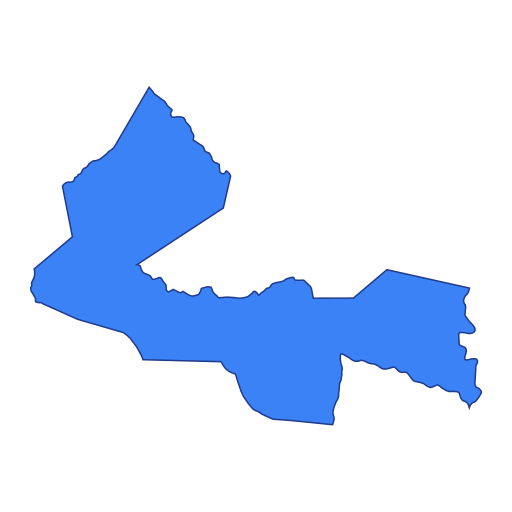 outline of Tambla, Lempira, Honduras
{"feature_id": "27666195B79169869428311", "entity_name": "Tambla", "entity_type": "district", "adm_level": 2, "iso_a3": "HND", "parent_name": "Honduras", "parent_adm1": "Lempira", "projection": "robinson", "projection_center": [-88.75, 14.234], "detail": "fine", "context": "isolated", "style": "filled", "palette": "blue", "viewbox_px": 512, "rotation_deg": 0, "n_neighbors": 0, "source": "geoboundaries", "source_scale": "gbopen_adm2", "svg_char_len": 6063}
<svg xmlns="http://www.w3.org/2000/svg" viewBox="0 0 512 512"><path d="M289.8,420.4L332.6,424.7L333.8,420.6L334.1,418.9L333.9,416.9L333.2,414.6L332.9,412.8L333.4,409.4L334.2,406.7L335.7,402.6L336.6,400.9L337.8,398.9L338.6,395.8L338.6,393.2L339.0,390.7L339.4,385.8L339.5,383.7L340.6,381.2L341.1,379.5L341.2,378.1L341.6,376.0L341.8,374.6L341.8,370.9L342.3,369.3L342.0,366.7L341.2,364.4L340.6,361.6L340.3,358.6L340.3,356.3L340.5,355.3L341.1,353.6L342.0,353.8L345.8,355.8L349.1,357.7L352.4,360.1L354.4,361.0L355.8,361.3L358.2,361.2L359.1,361.0L360.4,360.4L361.0,360.3L363.0,360.6L365.0,361.3L367.7,362.7L369.2,363.2L371.0,363.7L373.6,363.9L375.1,364.4L378.2,365.9L381.1,368.1L383.1,368.9L384.4,369.1L386.3,369.0L389.1,368.3L393.0,367.2L393.8,367.1L394.4,367.2L395.0,367.5L396.3,368.7L397.4,369.8L398.4,371.0L400.3,372.1L401.5,372.4L403.3,372.1L404.8,372.1L406.0,372.3L406.9,372.7L408.4,374.2L411.4,378.4L413.3,380.6L413.8,380.9L415.2,381.4L420.2,382.5L423.1,383.4L424.3,384.0L425.7,385.2L426.7,385.9L429.3,387.1L430.6,387.5L431.3,387.4L433.7,386.5L436.3,385.2L437.0,385.0L437.5,385.0L439.2,385.7L441.7,387.8L443.1,388.7L446.0,390.4L447.1,390.9L449.8,391.6L452.0,391.4L454.2,391.5L456.7,391.7L458.0,392.0L458.7,392.5L459.4,393.5L460.4,397.0L461.1,398.5L461.8,399.6L462.8,400.6L465.1,401.4L467.2,402.9L467.8,403.7L468.2,404.5L469.3,407.8L469.7,406.6L470.2,405.4L472.0,403.2L473.1,402.4L474.4,402.1L474.9,401.8L476.1,400.8L477.2,399.4L479.0,396.9L480.4,394.6L481.2,393.1L481.3,392.1L481.2,391.4L480.9,390.7L479.3,388.8L478.3,388.1L476.6,387.4L476.0,386.9L475.3,385.6L474.9,384.0L474.9,382.7L475.4,375.3L475.9,366.2L476.1,365.1L477.0,363.7L477.4,362.6L477.5,361.2L477.3,360.2L476.9,359.6L476.2,359.1L475.5,358.8L474.6,358.7L472.9,358.8L471.1,359.0L467.0,360.0L465.8,359.9L465.2,359.6L464.9,359.0L464.8,357.3L465.1,355.6L465.9,353.4L466.2,352.1L466.3,350.4L466.0,349.0L465.5,348.0L464.7,347.3L459.9,345.2L459.5,345.0L459.3,344.6L459.0,340.6L458.7,335.1L458.9,333.8L459.4,332.9L460.2,332.5L462.7,332.5L465.1,332.8L468.6,333.5L470.7,333.5L472.3,333.0L473.7,332.3L474.6,331.4L474.9,330.8L475.0,330.2L475.1,329.4L474.9,328.6L474.6,327.6L474.0,326.6L472.6,324.8L469.6,321.7L468.2,319.9L465.5,316.2L465.2,315.6L465.0,314.9L465.1,312.3L465.6,308.4L465.6,306.6L465.3,305.0L464.3,303.5L463.9,302.6L463.6,301.0L463.7,299.7L464.2,298.1L464.9,296.6L465.5,295.6L467.2,294.0L468.0,292.7L468.8,290.8L469.5,288.1L386.9,269.7L353.4,298.1L313.3,298.2L312.6,295.0L311.8,290.3L311.3,288.3L310.9,287.4L310.5,286.7L309.1,285.2L303.9,280.3L302.9,280.1L299.1,280.3L295.2,280.1L294.8,279.9L294.4,279.4L294.1,278.2L293.8,277.7L293.4,277.4L292.9,277.3L290.6,277.6L287.0,278.7L285.5,279.4L283.7,280.8L282.7,281.2L280.6,281.8L275.7,282.7L272.3,283.9L271.0,285.2L270.1,286.9L269.7,287.3L268.7,287.9L267.3,288.1L266.4,288.6L265.7,289.1L264.7,290.4L263.6,291.3L261.8,292.5L260.1,293.9L259.2,295.0L258.9,295.2L258.7,295.2L258.1,294.6L257.2,293.1L256.3,292.2L255.1,291.5L254.1,291.3L253.5,291.6L252.4,292.8L250.1,294.9L248.4,296.2L246.9,296.9L245.3,297.4L241.5,298.1L238.3,298.2L234.7,297.6L226.9,297.1L219.7,297.7L218.3,297.5L217.9,297.2L217.0,295.9L214.8,294.1L213.3,292.4L212.8,291.5L211.6,288.4L211.1,287.3L210.6,287.1L209.5,286.9L207.9,286.8L206.5,286.9L205.3,287.4L203.1,287.9L201.6,288.3L201.2,288.7L201.0,290.0L200.4,291.5L199.4,293.3L198.7,294.3L198.2,294.6L196.7,295.1L194.2,295.8L193.1,296.0L191.2,295.9L189.2,295.2L187.4,294.2L183.0,291.4L182.7,291.4L181.9,292.1L180.8,292.6L180.1,292.7L178.6,292.1L173.1,289.4L169.0,291.8L168.2,291.7L167.2,291.1L166.5,290.6L166.4,290.3L166.1,286.1L165.8,284.7L163.0,281.2L161.6,278.8L160.8,277.8L160.2,277.5L159.5,277.5L157.3,278.2L154.2,279.4L153.4,279.3L152.5,279.0L151.7,278.4L150.9,276.7L150.2,275.9L148.5,274.9L144.8,273.5L143.2,272.6L142.6,271.8L141.8,270.3L140.9,268.4L140.4,266.4L140.2,266.0L139.7,265.6L139.0,265.2L138.0,264.8L136.9,264.7L223.3,208.0L230.6,176.2L230.0,174.6L229.2,173.4L227.7,171.8L226.6,171.0L226.2,171.0L225.9,171.2L225.3,172.3L224.9,172.9L224.3,173.4L223.7,173.7L222.9,173.7L221.9,173.5L221.0,173.1L220.4,172.5L219.9,171.8L219.7,171.2L219.2,164.5L218.3,163.9L217.4,163.3L214.8,162.5L213.8,161.7L213.0,161.0L212.5,160.3L212.1,159.4L211.7,157.6L211.4,156.8L209.7,153.8L209.2,153.1L208.8,152.8L206.5,152.1L204.8,150.9L204.5,150.3L204.3,149.2L204.0,148.4L202.9,146.3L197.1,142.6L194.8,140.9L193.2,140.0L193.2,139.7L193.8,136.2L193.7,135.4L193.1,134.0L192.0,132.3L191.4,131.1L190.4,127.2L190.1,126.7L188.7,125.0L186.0,122.2L185.6,121.6L185.0,119.7L184.1,118.3L183.6,117.8L182.9,117.4L180.9,117.0L177.1,116.7L174.7,117.2L173.8,117.3L172.5,117.1L171.8,116.7L171.3,116.0L170.9,115.3L170.7,114.5L170.7,113.7L170.9,112.5L171.8,110.8L172.0,110.0L172.0,109.8L167.6,105.9L167.0,105.1L165.6,102.7L164.3,101.1L161.9,99.5L158.0,96.5L155.4,94.7L154.3,93.8L151.4,89.9L149.1,87.3L114.6,146.5L113.9,147.4L113.2,148.2L110.9,150.2L108.7,151.5L107.0,153.5L104.6,155.5L102.3,157.4L100.2,158.9L98.5,159.8L96.7,160.4L95.5,160.7L93.8,160.8L92.9,161.1L91.5,161.9L89.4,163.5L88.7,164.1L87.9,165.7L86.8,166.9L85.6,167.8L84.0,168.3L83.3,168.9L82.3,170.4L81.3,172.7L80.7,173.5L80.0,174.0L79.1,174.2L78.5,174.5L77.7,175.3L77.2,176.5L76.1,177.2L74.9,177.6L74.5,178.8L74.0,180.4L73.4,181.1L72.4,181.7L71.1,182.1L70.2,182.2L68.6,182.1L67.4,182.3L66.3,182.6L65.4,183.1L64.5,183.8L63.7,184.5L62.8,185.7L62.5,186.4L72.4,236.8L34.2,268.9L34.7,271.8L34.6,275.1L34.1,277.4L32.1,281.6L31.5,283.4L31.5,283.9L31.9,284.7L31.9,285.1L30.7,287.9L30.9,289.6L31.2,291.2L33.0,294.0L35.3,298.1L35.5,298.7L35.4,300.0L35.5,301.2L35.8,301.8L36.4,302.2L37.2,302.4L38.8,302.6L41.6,302.7L42.1,303.1L42.5,303.6L77.6,319.3L123.4,332.6L126.8,335.1L130.3,338.4L136.3,346.4L137.6,348.5L141.8,356.3L142.4,357.9L143.0,359.7L220.8,361.7L221.5,362.4L222.7,364.6L224.5,367.3L225.3,368.3L226.4,369.4L228.0,370.6L230.1,371.9L231.4,372.6L233.9,373.4L235.1,374.0L235.5,374.3L236.0,375.5L237.2,379.9L241.0,391.1L243.2,395.9L244.0,397.3L248.7,404.0L251.9,407.9L253.1,409.1L254.4,410.0L255.6,410.6L257.9,411.4L262.1,414.3L272.9,419.2L289.8,420.4Z" fill="#3b82f6" stroke="#1e3a8a" stroke-width="1.5"/></svg>